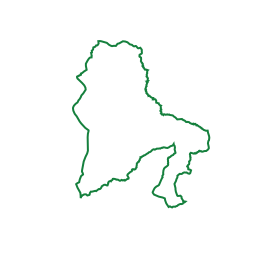 Giron, Azuay, Ecuador, rotated 246°
{"feature_id": "8360857B7998826994941", "entity_name": "Giron", "entity_type": "district", "adm_level": 2, "iso_a3": "ECU", "parent_name": "Ecuador", "parent_adm1": "Azuay", "projection": "albers", "projection_center": [-79.183, -3.175], "detail": "fine", "context": "isolated", "style": "outline", "palette": "green", "viewbox_px": 256, "rotation_deg": 246, "n_neighbors": 0, "source": "geoboundaries", "source_scale": "gbopen_adm2", "svg_char_len": 5780}
<svg xmlns="http://www.w3.org/2000/svg" viewBox="0 0 256 256"><g transform="rotate(246 128 128)"><path d="M83.2,56.3L84.5,57.5L84.6,58.2L85.1,58.8L85.0,59.6L85.2,60.4L84.9,61.8L84.3,62.8L82.9,63.4L82.6,65.2L82.7,65.8L84.1,66.7L85.0,68.2L84.5,69.1L83.9,72.6L83.3,73.2L84.1,76.3L84.0,76.8L83.7,77.1L83.7,78.0L84.2,79.0L85.0,80.0L85.4,80.3L85.8,82.9L85.5,84.0L84.0,85.5L83.9,86.0L85.1,87.0L85.2,87.3L85.9,87.5L86.8,88.6L86.8,90.1L86.3,90.7L86.8,91.0L86.7,91.7L86.9,92.6L87.7,93.4L87.5,94.1L86.7,95.4L86.0,95.9L85.8,96.4L85.4,96.6L85.0,97.7L83.2,99.0L83.0,99.4L83.2,101.0L82.5,101.5L82.5,101.9L82.1,102.2L82.1,103.4L81.2,103.8L81.7,106.3L81.5,107.8L82.1,108.3L85.0,108.1L85.8,108.9L86.9,112.3L86.9,113.7L87.5,114.6L88.2,114.6L88.5,115.1L88.4,115.9L87.4,117.0L87.4,118.1L87.9,118.4L88.5,119.8L89.7,120.2L90.1,120.7L92.1,121.7L92.2,122.4L92.8,123.2L92.8,124.3L93.4,124.6L93.8,125.6L94.6,125.9L95.3,127.1L96.3,127.5L95.9,128.7L96.3,129.4L96.2,130.7L96.5,131.1L96.3,132.3L96.9,135.6L96.8,136.1L97.3,137.1L97.1,138.3L97.3,139.5L98.0,141.1L98.2,142.5L97.9,143.2L97.3,143.7L97.4,146.1L96.9,147.0L96.4,148.8L96.1,149.0L96.2,150.8L95.8,151.5L96.0,152.3L95.2,153.8L94.6,154.4L93.7,155.9L93.7,157.6L94.1,159.4L93.8,161.7L94.8,163.2L94.1,163.0L92.6,163.3L91.0,162.9L89.5,161.9L86.0,161.3L85.7,160.4L85.8,159.7L85.0,158.3L85.0,156.3L84.4,154.9L84.5,153.9L84.2,153.6L84.5,152.9L84.1,152.2L83.7,152.1L83.1,151.6L81.8,151.3L81.2,150.9L79.8,150.6L79.3,150.0L78.4,149.9L77.8,149.5L77.3,148.3L77.1,147.0L76.9,146.5L76.9,145.9L76.3,144.5L74.8,143.1L72.6,141.8L71.3,141.4L70.2,139.8L68.8,139.5L68.5,138.8L67.1,137.2L63.4,133.2L63.1,132.2L63.0,130.2L62.4,128.2L61.6,127.0L59.3,124.4L58.8,124.3L56.6,124.7L52.7,128.3L50.4,131.4L48.7,133.0L46.6,132.5L43.6,132.3L39.3,133.0L39.4,134.4L38.2,135.3L37.5,136.0L37.8,137.1L37.3,138.4L36.8,139.3L37.0,140.3L36.8,141.2L37.3,142.7L37.3,144.8L36.7,146.1L36.6,147.2L37.1,148.0L37.1,149.5L37.4,150.5L38.7,148.6L39.3,148.8L42.1,148.4L43.3,148.9L44.8,148.4L45.5,146.2L45.8,145.7L46.3,145.5L50.3,145.8L52.6,146.4L53.7,146.9L58.0,147.7L60.2,150.4L61.5,151.4L62.4,152.6L63.2,153.3L64.3,153.7L65.1,156.5L64.2,158.3L64.3,159.4L64.6,160.0L64.5,161.4L63.8,162.6L63.5,163.5L62.5,164.0L61.3,165.3L61.3,166.0L61.5,166.5L63.7,168.4L64.7,167.7L65.7,166.3L66.2,166.3L66.8,166.8L67.9,167.0L68.4,166.5L68.8,166.4L69.6,167.5L70.0,169.0L71.0,169.7L72.6,170.2L72.9,171.2L73.7,172.2L75.0,172.7L75.7,173.2L76.4,173.0L77.0,173.5L78.7,173.8L79.4,174.3L79.8,175.3L77.9,177.6L77.9,179.0L77.3,179.0L77.1,180.1L77.1,180.5L77.8,181.5L77.6,182.6L78.2,183.6L78.1,184.1L77.5,184.2L77.2,185.3L76.6,185.5L76.0,186.6L75.9,188.3L75.2,190.1L75.7,192.1L76.5,193.5L77.7,194.0L81.5,194.8L83.5,196.2L83.9,197.0L86.0,198.3L87.7,198.8L91.2,199.2L93.2,199.7L93.8,198.1L95.6,196.3L96.4,196.0L97.5,195.1L98.3,195.2L98.8,194.4L99.8,194.2L100.8,193.2L101.3,193.1L102.0,192.6L102.4,191.8L102.9,192.1L103.7,191.0L104.2,191.1L104.2,190.7L104.5,190.6L104.5,190.4L104.7,190.2L104.7,189.5L105.3,189.6L105.5,189.4L105.4,188.5L105.6,188.2L107.2,186.7L108.3,186.3L109.3,185.1L109.4,184.3L110.2,183.3L110.7,183.3L112.0,182.6L112.7,181.7L113.2,181.6L113.9,180.9L114.3,180.9L115.8,176.5L118.3,175.6L119.8,174.6L121.3,174.0L122.9,171.5L123.6,171.1L123.8,170.0L124.5,169.4L124.7,167.9L125.8,166.7L125.9,166.2L125.5,165.7L126.2,165.4L126.3,164.6L127.3,164.2L127.8,164.1L127.8,164.6L128.7,164.9L129.3,165.0L129.6,164.7L130.5,164.5L130.9,164.9L131.1,165.9L131.7,166.0L132.4,165.8L133.2,166.3L134.8,166.7L135.0,167.2L136.1,166.3L137.0,166.0L137.6,165.9L138.0,166.1L139.7,164.1L141.6,164.9L142.9,164.7L143.5,164.2L143.6,163.1L144.0,162.3L144.5,162.7L144.9,162.8L145.2,163.1L145.5,162.5L146.5,161.7L147.8,161.0L148.3,160.9L148.7,160.5L148.8,160.1L149.1,160.4L149.8,159.7L151.1,159.7L151.4,159.3L152.1,159.4L152.5,159.0L153.7,159.6L153.9,159.6L154.3,159.3L154.9,159.7L155.4,159.5L155.9,160.1L156.6,159.7L157.4,160.6L158.1,161.0L158.6,162.0L159.2,162.0L159.7,162.4L160.1,162.5L160.3,162.9L161.1,163.6L161.9,163.7L161.8,164.5L162.1,164.6L162.7,164.3L162.5,164.9L162.9,165.6L163.2,165.2L163.6,165.2L163.9,165.6L164.8,166.0L165.3,166.4L165.6,166.2L166.5,166.3L167.2,165.9L167.6,165.9L168.0,166.5L169.2,166.8L170.3,167.9L171.0,168.0L171.6,168.5L172.6,168.9L172.8,169.6L173.6,168.8L173.5,168.4L174.3,167.9L174.5,167.2L175.5,167.0L176.5,167.0L177.0,166.6L177.6,166.6L178.1,167.1L178.8,167.2L179.0,166.6L180.6,167.6L181.1,167.4L181.8,167.4L182.0,167.1L183.9,167.0L185.1,167.8L186.9,168.5L187.7,168.2L188.3,167.6L188.9,167.6L190.2,168.4L190.4,170.6L190.7,171.1L191.8,171.6L192.7,171.8L193.5,172.3L194.1,172.4L196.3,171.9L196.5,170.2L196.7,169.7L197.2,169.4L199.5,168.7L199.9,168.1L200.0,167.0L200.3,166.5L201.4,165.8L202.3,165.5L203.7,163.7L206.5,162.4L208.1,160.7L209.3,158.6L208.9,154.3L209.2,152.7L207.9,150.3L208.8,148.6L209.3,146.7L209.9,146.0L211.6,144.6L214.4,143.3L218.0,139.0L218.8,137.8L219.4,136.2L217.1,135.5L216.2,134.2L216.0,133.5L216.4,132.5L215.6,131.2L215.7,129.1L213.9,128.0L213.3,126.3L211.8,125.9L211.6,125.3L211.6,124.8L210.5,124.7L209.6,124.3L208.9,124.3L207.3,123.4L207.7,122.5L207.7,121.6L207.3,120.5L206.1,118.6L203.9,115.7L201.9,114.8L198.0,113.9L197.5,110.6L196.9,108.7L196.9,107.2L196.5,107.2L195.7,106.6L195.9,105.2L195.6,104.9L195.8,104.1L195.6,103.4L195.8,102.8L195.6,102.3L194.8,102.0L193.7,102.0L187.8,104.4L184.7,105.4L182.1,105.5L180.2,104.9L177.8,101.2L176.7,98.7L175.4,97.4L174.1,95.6L173.4,94.0L171.9,92.3L171.4,90.0L170.4,87.7L169.1,86.2L168.2,85.7L166.0,85.1L162.6,85.1L159.5,85.9L153.7,86.5L151.1,87.1L145.5,89.0L142.0,91.0L141.5,90.9L139.0,89.0L136.0,87.4L123.5,82.1L121.4,80.4L118.9,77.4L115.4,73.9L108.0,68.8L106.8,68.2L105.0,68.3L103.8,68.0L103.4,66.3L103.1,65.5L100.6,63.0L98.3,61.3L98.2,59.2L97.8,57.8L94.1,57.6L88.2,58.1L85.7,57.3L83.2,56.3Z" fill="none" stroke="#15803d" stroke-width="2"/></g></svg>